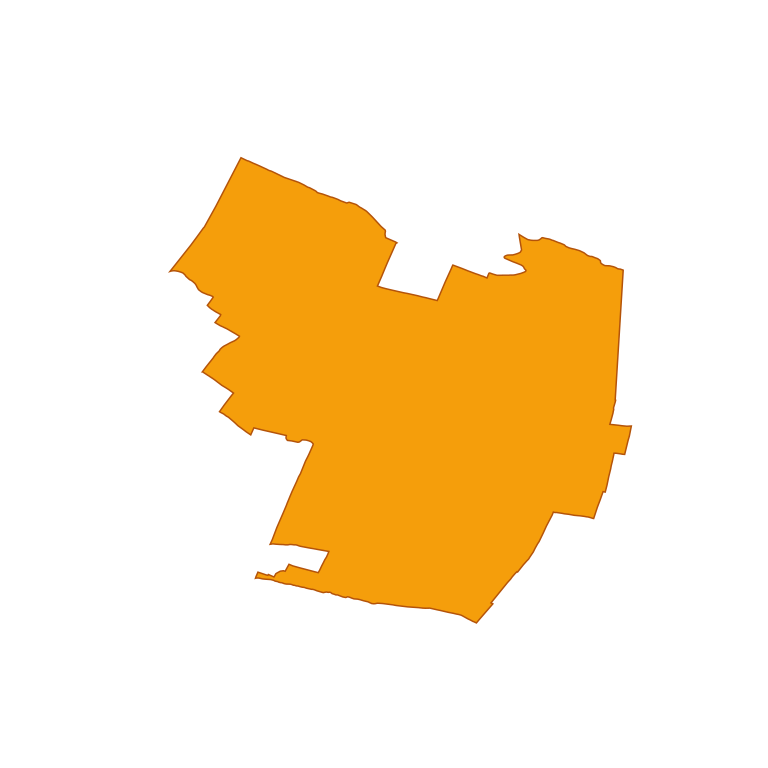 outline of Bacani, Vaslui, Romania, rotated 126°
{"feature_id": "2599482B44404809262636", "entity_name": "Bacani", "entity_type": "district", "adm_level": 2, "iso_a3": "ROU", "parent_name": "Romania", "parent_adm1": "Vaslui", "projection": "robinson", "projection_center": [27.679, 46.327], "detail": "fine", "context": "isolated", "style": "filled", "palette": "amber", "viewbox_px": 768, "rotation_deg": 126, "n_neighbors": 0, "source": "geoboundaries", "source_scale": "gbopen_adm2", "svg_char_len": 6171}
<svg xmlns="http://www.w3.org/2000/svg" viewBox="0 0 768 768"><g transform="rotate(126 384 384)"><path d="M615.3,372.3L614.5,371.1L613.2,368.0L612.5,366.7L611.6,365.2L608.8,360.7L607.7,357.9L607.5,356.3L606.4,353.9L606.2,352.7L605.5,350.9L604.8,349.8L604.3,347.8L604.0,347.0L603.3,345.5L601.4,342.7L600.9,341.9L600.4,340.5L600.1,339.1L599.4,338.0L598.9,336.3L598.0,334.8L597.4,333.0L596.5,330.8L595.4,328.9L595.0,327.4L594.6,326.3L593.1,322.9L592.8,322.1L592.2,321.3L591.5,319.7L590.7,316.6L589.7,313.8L588.5,310.5L586.7,308.9L586.0,308.1L585.4,306.7L584.3,305.5L584.0,304.5L584.1,302.8L583.4,300.8L582.9,298.9L582.0,297.8L580.5,292.2L579.2,289.4L577.4,288.3L576.6,286.0L576.2,284.3L575.5,282.0L573.5,278.8L572.5,276.4L571.4,273.2L569.5,268.6L569.4,267.6L568.8,264.8L567.8,263.1L566.9,262.0L565.3,260.6L564.7,259.7L563.6,258.0L562.3,255.9L557.5,247.1L556.1,244.1L554.1,240.5L550.3,233.7L544.6,224.6L542.5,220.9L541.0,218.6L538.4,215.2L535.4,208.2L534.0,205.1L530.9,197.7L528.8,193.2L527.6,190.3L526.6,188.2L525.8,186.1L525.5,184.7L524.7,178.1L524.2,175.5L523.8,172.4L523.5,171.5L523.0,168.8L517.4,168.4L497.9,166.7L498.2,168.8L472.1,167.4L467.5,166.9L464.6,166.9L460.1,166.5L457.7,166.1L457.6,165.4L448.2,165.0L445.4,164.7L443.2,164.5L440.7,164.1L438.1,164.3L432.1,164.5L428.0,165.2L423.1,165.8L420.4,165.9L410.9,167.6L403.5,169.1L391.3,170.9L388.1,171.7L387.5,170.2L386.6,169.0L384.0,164.0L383.0,161.8L380.9,158.1L378.4,152.9L377.1,150.7L375.4,147.9L373.3,144.0L372.5,142.3L371.7,140.9L371.4,140.2L370.5,137.7L370.0,136.1L369.6,135.3L358.1,139.0L350.7,141.0L342.3,143.5L341.4,141.5L338.1,142.8L334.6,144.2L326.9,147.7L319.5,150.7L316.6,152.1L312.4,153.8L305.9,156.7L304.9,157.3L304.3,156.6L303.4,155.2L301.7,152.0L300.7,149.9L299.5,147.9L286.1,153.4L281.9,154.9L272.6,159.2L275.4,162.7L277.7,166.6L279.6,170.1L283.9,177.6L279.6,179.1L272.8,181.7L271.7,182.3L269.7,183.1L269.1,183.7L268.1,184.4L262.5,186.4L260.9,187.1L261.0,187.6L151.3,257.4L151.7,258.9L152.2,260.5L152.9,261.6L153.4,262.8L153.6,264.9L154.2,267.2L155.8,271.0L157.1,272.9L158.4,274.9L158.7,276.7L158.8,278.2L158.8,279.0L158.6,279.8L158.2,280.4L157.6,280.9L157.1,281.4L157.0,282.3L157.0,283.5L157.0,284.7L157.3,285.9L157.7,287.1L158.5,290.4L158.9,291.2L159.6,292.2L160.0,293.4L160.4,294.8L160.4,296.3L160.3,299.3L161.2,304.2L162.8,308.7L164.2,312.0L165.1,314.4L165.8,317.8L165.5,319.5L165.5,320.2L166.4,324.1L167.1,326.2L168.5,331.8L168.9,332.6L169.2,334.2L169.7,335.7L171.3,339.0L172.4,341.7L172.9,342.2L173.7,342.4L174.7,342.6L176.2,343.2L177.0,343.7L177.8,344.5L180.0,347.5L180.9,348.9L181.6,350.2L182.0,351.2L182.4,351.9L182.7,352.9L183.2,357.2L183.5,361.0L183.6,362.7L185.6,360.8L194.7,351.5L197.3,351.2L199.1,352.1L200.6,353.1L202.1,354.2L204.0,355.8L206.1,358.6L207.3,360.0L208.8,361.0L209.7,361.4L210.4,361.5L210.8,361.3L211.1,360.8L211.2,360.1L209.4,351.9L208.2,347.5L207.3,343.7L207.1,343.0L207.0,341.0L207.4,339.5L208.2,338.1L208.5,336.1L208.9,335.7L209.9,335.7L211.4,336.5L214.1,338.3L218.6,342.1L219.5,343.0L220.7,344.5L221.6,345.8L222.8,347.2L225.6,351.1L227.7,353.8L228.8,355.3L229.6,356.4L231.1,360.6L232.0,363.7L232.5,364.1L232.8,364.2L237.7,363.0L238.6,367.2L239.2,368.7L240.1,372.1L241.0,374.9L243.1,382.5L244.6,388.5L247.3,398.2L248.6,398.0L252.0,397.2L265.3,394.5L282.2,390.6L285.2,390.0L288.1,397.1L289.6,400.9L290.9,403.8L292.9,408.9L297.0,418.3L298.6,421.6L301.8,429.1L303.3,432.6L305.7,438.3L307.4,442.7L308.6,446.9L298.5,449.1L289.8,451.2L283.8,452.6L271.6,455.2L265.2,456.6L263.4,457.0L262.2,456.5L262.3,458.1L264.2,466.6L264.6,468.6L264.1,469.3L263.5,469.9L262.4,471.1L260.9,472.0L259.6,472.6L258.8,473.5L258.3,478.8L258.0,480.4L255.8,491.2L255.0,496.4L254.5,499.9L254.9,505.8L255.1,506.9L255.2,508.4L255.1,511.0L255.2,512.2L257.4,518.9L258.0,519.5L259.4,520.4L259.6,520.9L261.3,526.8L261.7,529.6L262.1,531.1L262.7,533.3L263.3,535.4L263.9,536.7L264.2,537.4L264.6,539.1L266.5,545.5L266.9,546.5L267.9,549.1L268.3,550.5L268.0,552.2L268.1,553.7L268.9,559.2L269.2,560.3L269.6,561.3L270.0,565.7L271.0,571.5L275.5,586.1L278.0,600.1L278.9,602.8L279.2,605.1L280.1,609.6L280.7,612.7L281.6,616.9L282.2,619.3L283.2,624.5L283.8,626.1L285.0,632.7L339.1,624.5L362.7,621.6L364.0,621.8L375.0,621.8L385.3,621.9L418.7,623.3L417.3,622.2L415.9,620.6L415.3,619.7L413.9,616.9L413.0,614.4L412.7,613.3L412.4,612.2L412.4,611.5L412.7,609.1L413.3,607.5L413.4,606.6L413.8,603.1L413.8,602.3L413.6,601.5L413.5,600.7L413.5,599.1L413.8,596.0L414.6,593.8L415.3,592.6L416.7,589.5L416.8,585.9L416.6,584.3L415.8,581.0L415.3,579.0L414.6,577.2L414.2,575.6L413.9,574.1L414.0,573.4L414.1,573.2L418.9,573.1L424.2,573.2L424.7,570.1L424.8,567.4L424.5,562.6L423.8,556.9L425.0,556.5L433.6,556.8L433.4,554.2L433.1,550.9L431.7,543.7L430.8,534.9L430.3,529.0L431.5,528.8L435.2,529.7L436.8,530.3L440.7,532.5L444.3,534.2L447.3,535.7L449.0,536.3L450.6,536.7L452.5,537.0L453.1,536.8L454.2,536.8L458.1,537.5L461.5,537.6L463.3,537.5L474.2,538.0L481.0,538.1L480.7,537.6L480.8,536.9L480.2,525.2L480.2,522.5L480.3,519.5L480.4,514.3L480.0,509.7L479.8,506.1L479.8,504.1L479.8,500.4L482.7,500.6L494.8,500.9L503.1,500.8L503.0,499.4L502.5,496.2L502.6,492.7L502.3,490.4L502.8,484.1L503.1,481.2L503.6,477.7L503.6,474.8L503.6,471.3L503.7,467.5L503.6,464.8L503.5,461.9L496.0,463.5L492.4,454.6L485.8,439.2L483.1,432.7L484.6,432.0L485.5,431.3L485.8,430.8L486.4,429.0L484.3,425.2L481.8,419.5L480.8,418.5L480.1,418.2L477.2,417.3L475.1,414.0L474.2,411.6L473.6,409.4L473.7,407.5L474.0,406.2L474.5,405.8L475.8,405.4L484.7,403.5L487.4,403.0L492.5,402.2L505.7,398.9L509.3,398.5L514.0,397.4L525.0,395.2L530.1,394.0L533.8,393.1L537.2,392.3L539.7,391.6L547.9,389.7L552.0,388.8L563.2,386.3L575.6,382.9L580.6,381.9L578.7,380.0L577.2,377.4L575.0,373.9L573.1,371.1L572.0,369.1L570.5,367.1L569.1,365.8L568.0,364.1L567.1,362.4L566.0,360.9L565.5,359.7L565.0,357.9L564.5,356.4L561.3,349.6L551.9,330.2L554.4,329.5L557.9,328.8L561.0,328.6L563.8,328.1L567.8,327.5L572.5,326.6L575.3,326.3L582.2,344.0L584.8,351.0L585.7,354.9L593.6,353.9L594.2,355.6L596.4,357.9L600.0,359.6L601.1,360.0L603.1,359.7L604.8,359.6L606.1,365.6L607.1,365.5L607.6,366.8L610.3,375.4L615.2,374.3L616.7,373.8L616.3,373.5L615.3,372.3Z" fill="#f59e0b" stroke="#b45309" stroke-width="1.5"/></g></svg>